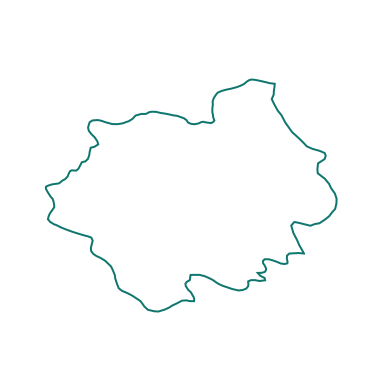 outline of Vietka, Gomel, Belarus, rotated 14°
{"feature_id": "67162791B72598168140482", "entity_name": "Vietka", "entity_type": "district", "adm_level": 2, "iso_a3": "BLR", "parent_name": "Belarus", "parent_adm1": "Gomel", "projection": "equal_earth", "projection_center": [31.254, 52.716], "detail": "fine", "context": "isolated", "style": "outline", "palette": "teal", "viewbox_px": 384, "rotation_deg": 14, "n_neighbors": 0, "source": "geoboundaries", "source_scale": "gbopen_adm2", "svg_char_len": 2942}
<svg xmlns="http://www.w3.org/2000/svg" viewBox="0 0 384 384"><g transform="rotate(14 192 192)"><path d="M315.5,224.6L315.4,224.4L308.9,217.6L305.4,213.0L300.3,207.3L296.4,200.5L298.5,196.4L302.1,196.1L308.5,196.1L315.0,196.1L318.9,193.4L323.2,191.5L328.2,186.0L331.0,182.2L332.8,177.9L335.0,173.8L334.9,168.1L333.9,163.5L331.0,158.9L326.0,154.6L323.1,151.0L317.7,147.0L309.5,143.4L308.1,139.4L307.4,133.7L312.7,128.0L313.0,124.5L311.3,122.1L305.9,121.2L298.4,121.0L292.3,119.9L287.7,116.9L281.6,113.4L274.5,109.6L265.5,101.8L260.2,95.8L255.5,92.3L250.5,86.9L246.9,82.6L247.7,77.8L246.9,73.5L246.6,70.0L246.1,67.0L241.2,67.6L238.4,67.6L235.4,67.6L231.0,67.7L226.4,67.9L222.7,68.4L220.6,69.5L218.5,71.6L217.1,73.7L216.0,74.9L213.2,77.3L209.3,79.9L204.7,82.4L200.3,84.5L196.1,86.9L192.9,89.4L191.7,91.8L190.4,95.7L190.1,99.0L191.0,101.9L191.5,105.8L192.4,109.6L193.6,111.9L194.5,114.4L196.4,117.2L195.7,118.9L193.8,120.5L189.9,121.0L185.7,121.2L183.9,122.1L181.6,124.0L177.9,125.7L174.6,126.1L171.4,125.6L169.3,123.6L166.3,122.4L159.4,121.7L154.8,122.2L151.7,122.2L147.4,122.4L142.3,122.9L137.9,122.9L133.7,123.8L131.2,124.9L128.9,127.0L127.9,127.5L124.0,128.5L118.7,131.5L116.6,135.4L113.6,138.5L108.0,142.2L103.6,144.1L98.1,145.4L90.9,145.2L86.5,144.8L83.1,145.0L78.2,146.6L75.9,148.9L75.6,151.5L75.6,154.8L77.2,157.7L80.5,160.3L84.2,162.4L87.9,165.7L89.5,168.5L86.2,171.9L83.0,173.5L83.0,177.7L83.4,181.2L83.0,185.1L81.1,188.1L80.1,188.6L77.9,189.8L76.2,196.9L74.4,199.3L70.0,200.1L68.5,201.5L67.9,204.5L67.6,207.0L65.8,210.2L63.3,212.5L60.9,215.8L54.5,218.4L51.0,220.5L49.0,222.3L49.5,224.3L52.0,227.0L55.7,230.5L58.5,232.5L60.0,234.8L61.6,238.4L62.0,240.2L59.4,246.9L58.8,250.1L58.8,253.3L61.1,254.9L61.5,255.3L65.9,256.7L68.9,257.0L73.6,258.1L80.3,259.0L85.2,259.5L91.4,259.9L97.7,260.2L101.8,260.2L105.3,260.6L107.4,263.2L107.4,266.9L107.4,270.8L108.5,273.8L111.3,276.0L114.6,277.2L119.2,278.1L124.3,279.7L127.3,281.4L131.5,283.9L134.0,286.9L137.3,291.4L138.4,294.4L141.7,299.7L144.2,303.1L148.1,304.9L153.7,305.7L159.0,307.0L165.5,309.3L168.5,310.4L171.3,312.7L173.4,314.6L177.8,317.0L181.2,316.9L184.0,316.9L188.3,316.1L194.0,312.7L198.0,309.5L200.2,307.0L204.2,303.8L208.5,299.9L212.7,298.5L216.5,298.4L220.4,297.4L220.1,295.5L219.2,293.8L215.2,289.6L212.1,287.9L208.7,284.8L207.8,282.6L208.7,280.4L211.2,278.0L210.9,275.6L210.7,272.8L214.4,271.8L219.2,270.6L224.5,270.6L228.4,271.2L233.1,272.2L236.7,273.6L240.1,274.8L244.7,275.6L249.7,276.0L254.3,276.4L260.9,276.3L265.0,274.8L268.0,272.6L269.3,269.8L269.0,267.8L268.1,265.2L270.5,263.3L274.2,262.3L279.1,262.0L284.3,260.0L283.2,257.8L278.6,256.8L275.4,254.6L279.1,253.6L281.9,252.0L282.6,250.3L282.5,248.6L280.7,246.1L278.2,243.9L277.6,241.5L278.9,239.6L282.9,238.7L286.6,238.8L291.1,239.2L295.5,239.9L299.2,239.5L301.7,238.2L301.7,236.9L300.1,233.6L299.6,230.7L301.3,228.2L305.1,227.0L310.0,225.5L313.6,224.9L315.5,224.6Z" fill="none" stroke="#0f766e" stroke-width="2"/></g></svg>